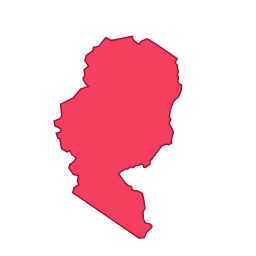 outline of Chaffee, Colorado, United States of America, rotated 214°
{"feature_id": "52423323B55010053524347", "entity_name": "Chaffee", "entity_type": "district", "adm_level": 2, "iso_a3": "USA", "parent_name": "United States of America", "parent_adm1": "Colorado", "projection": "albers", "projection_center": [-106.275, 38.74], "detail": "fine", "context": "isolated", "style": "filled", "palette": "rose", "viewbox_px": 256, "rotation_deg": 214, "n_neighbors": 0, "source": "geoboundaries", "source_scale": "gbopen_adm2", "svg_char_len": 1794}
<svg xmlns="http://www.w3.org/2000/svg" viewBox="0 0 256 256"><g transform="rotate(214 128 128)"><path d="M57.2,42.9L53.2,46.4L54.4,51.7L52.8,58.9L53.2,59.8L54.8,60.5L56.7,60.5L60.8,58.9L64.6,61.5L68.8,67.0L68.9,70.8L72.1,74.2L75.5,78.1L79.6,81.7L84.9,81.3L87.2,79.7L90.5,78.9L90.9,80.0L92.6,81.3L95.6,80.5L99.1,80.7L102.3,81.9L105.8,83.2L109.9,84.5L109.6,88.2L107.4,91.7L107.1,92.8L105.5,93.8L104.8,94.9L104.8,96.4L104.3,97.1L102.8,97.4L102.0,97.7L101.4,98.5L101.4,99.3L100.9,100.4L100.2,101.7L99.2,102.2L98.4,102.7L97.7,103.8L97.6,104.7L97.0,105.5L96.2,105.8L94.7,105.9L93.2,104.7L92.9,104.3L92.0,104.7L91.4,105.3L90.9,106.4L90.9,108.0L89.9,108.8L89.5,110.2L90.2,111.2L90.6,111.9L91.1,112.7L91.4,114.1L90.8,115.1L91.0,117.1L91.0,118.3L90.8,119.5L90.4,120.5L90.6,121.7L90.9,123.3L90.4,124.2L90.3,126.7L90.1,132.3L86.9,136.3L84.8,136.9L83.4,139.8L85.5,142.2L88.0,149.8L92.4,152.8L96.6,154.8L97.3,159.1L100.1,160.3L102.5,165.4L103.9,169.5L105.1,176.0L103.6,182.2L105.1,189.2L106.9,192.6L107.5,193.3L108.2,193.8L109.0,193.3L110.5,193.0L111.4,193.7L112.7,194.2L113.5,196.4L114.8,198.7L116.9,199.6L117.3,201.8L118.3,203.8L120.1,204.4L122.6,207.8L124.8,208.1L125.7,209.8L125.8,211.3L126.1,213.0L151.5,213.1L161.8,212.7L165.7,207.1L165.6,203.8L168.9,203.4L173.9,204.4L175.6,206.5L190.8,191.2L196.9,190.6L197.9,179.3L201.7,175.7L200.3,172.5L203.2,164.8L201.3,159.7L195.3,157.3L196.9,151.7L193.3,147.6L193.1,144.0L189.1,141.3L184.0,140.4L188.9,134.2L190.4,121.8L197.1,110.0L189.7,101.1L189.4,97.9L193.1,92.5L189.7,89.0L182.9,89.8L181.8,86.6L184.6,83.6L180.4,80.3L178.6,81.2L171.6,73.7L165.3,74.0L163.7,76.7L159.7,74.6L154.4,74.5L153.8,70.4L155.7,65.4L154.8,61.8L147.2,59.0L142.4,60.8L140.1,55.5L137.2,53.6L139.4,48.1L137.7,43.5L57.2,42.9Z" fill="#f43f5e" stroke="#9f1239" stroke-width="1.5"/></g></svg>